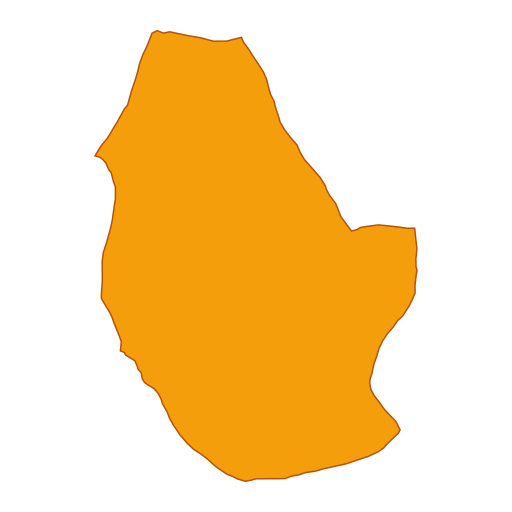 Okitipupa, Ondo, Nigeria
{"feature_id": "59680162B5540117047510", "entity_name": "Okitipupa", "entity_type": "district", "adm_level": 2, "iso_a3": "NGA", "parent_name": "Nigeria", "parent_adm1": "Ondo", "projection": "natural_earth1", "projection_center": [4.71, 6.565], "detail": "fine", "context": "isolated", "style": "filled", "palette": "amber", "viewbox_px": 512, "rotation_deg": 0, "n_neighbors": 0, "source": "geoboundaries", "source_scale": "gbopen_adm2", "svg_char_len": 2357}
<svg xmlns="http://www.w3.org/2000/svg" viewBox="0 0 512 512"><path d="M400.1,429.9L395.9,421.5L384.5,409.6L380.3,403.6L374.0,395.3L370.9,389.5L369.8,383.5L369.8,379.9L371.8,373.9L373.9,364.2L376.9,355.7L379.0,348.4L383.1,340.0L387.2,334.0L393.4,326.8L395.6,323.5L397.5,320.7L402.7,315.9L408.9,306.3L412.0,300.2L414.3,294.8L415.1,293.0L415.0,285.8L416.0,276.2L417.0,270.2L416.0,266.6L415.9,258.2L416.3,255.0L416.9,248.6L415.8,239.0L414.7,228.2L407.5,228.3L399.2,227.1L389.8,226.0L378.4,224.9L369.0,226.1L360.7,227.4L356.6,229.8L351.4,231.0L340.9,216.7L335.7,203.5L329.4,195.2L328.0,192.5L326.3,189.2L325.2,185.6L320.0,177.3L319.1,176.3L313.7,170.1L304.3,159.4L300.1,152.2L297.0,145.0L290.7,137.8L284.4,129.5L280.2,122.3L278.1,115.1L276.0,109.1L273.9,100.8L270.7,94.8L268.6,87.6L266.5,79.2L263.4,72.0L258.1,63.7L254.0,57.7L248.7,49.3L243.5,42.2L241.4,37.4L230.2,40.2L226.9,41.1L213.4,41.2L199.8,37.6L188.3,35.7L186.3,35.3L169.7,31.8L163.5,33.1L163.4,33.1L157.2,30.7L152.0,33.2L146.9,46.4L142.8,54.8L141.2,59.3L139.7,63.2L137.7,71.6L135.6,78.9L131.5,90.9L131.2,92.1L127.5,105.3L124.4,108.9L117.1,122.2L114.1,127.0L109.9,134.2L106.8,139.0L101.7,145.1L98.6,149.9L95.0,155.9L99.7,157.1L102.8,159.5L105.9,163.0L107.5,166.7L109.1,170.2L111.2,172.6L113.3,181.0L115.4,187.0L115.4,191.4L115.4,191.8L115.4,199.0L115.2,200.4L114.4,205.0L113.4,212.2L112.4,219.4L111.4,224.2L110.4,229.0L110.2,229.6L109.4,232.6L108.3,236.2L106.3,243.4L103.2,253.0L102.2,261.4L102.3,267.4L102.3,274.6L102.3,281.8L101.4,293.8L101.4,295.4L101.4,298.6L108.7,310.6L111.8,316.6L113.9,322.6L116.3,328.6L119.2,335.7L121.3,341.7L120.4,350.9L124.5,352.5L125.5,354.9L129.5,357.4L132.6,359.3L134.9,360.8L137.0,365.6L138.1,369.2L141.2,372.8L142.3,378.8L144.4,382.3L147.5,384.7L153.7,388.3L157.9,393.1L161.1,399.0L162.1,402.6L163.2,405.0L167.3,412.2L169.5,418.2L173.6,425.4L176.8,430.1L179.9,434.9L180.1,435.1L182.2,437.5L183.1,438.5L187.0,443.0L187.2,443.3L193.5,449.2L200.8,454.0L207.0,458.7L212.3,463.5L216.4,467.1L221.7,470.6L226.9,474.2L233.1,476.6L237.3,478.9L245.6,481.3L251.8,480.0L256.0,478.8L261.2,478.8L268.4,478.7L271.3,478.7L276.3,478.7L277.8,478.7L285.1,478.6L291.3,476.2L298.6,474.9L305.8,472.5L315.2,471.2L323.5,468.8L346.3,463.8L356.7,460.2L368.1,456.5L378.4,451.6L383.6,448.0L386.7,444.4L392.9,438.3L398.1,433.5L400.1,429.9Z" fill="#f59e0b" stroke="#b45309" stroke-width="1.5"/></svg>